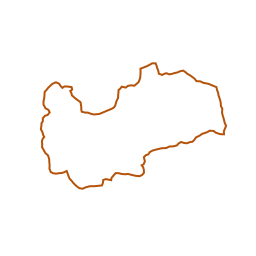 Guararema, São Paulo, Brazil, rotated 113°
{"feature_id": "56859067B30349189053910", "entity_name": "Guararema", "entity_type": "district", "adm_level": 2, "iso_a3": "BRA", "parent_name": "Brazil", "parent_adm1": "São Paulo", "projection": "orthographic", "projection_center": [-46.062, -23.425], "detail": "fine", "context": "isolated", "style": "outline", "palette": "amber", "viewbox_px": 256, "rotation_deg": 113, "n_neighbors": 0, "source": "geoboundaries", "source_scale": "gbopen_adm2", "svg_char_len": 2398}
<svg xmlns="http://www.w3.org/2000/svg" viewBox="0 0 256 256"><g transform="rotate(113 128 128)"><path d="M173.8,202.1L176.5,200.6L179.1,199.7L181.1,197.2L183.4,194.1L184.5,190.9L187.3,188.5L190.5,186.9L193.4,185.4L196.0,184.5L198.7,181.9L198.9,179.2L198.1,176.3L196.4,173.6L195.4,171.5L193.7,169.5L191.5,167.6L193.4,165.9L195.5,164.0L197.6,161.8L198.5,159.5L200.0,156.8L201.7,152.4L202.4,149.3L201.6,146.0L199.1,143.7L196.4,140.2L194.9,136.6L192.9,132.9L191.0,129.5L188.0,129.7L185.5,130.5L183.6,128.3L183.2,126.0L182.6,123.1L180.4,123.7L177.9,122.9L174.4,121.8L173.2,118.8L172.8,115.9L171.6,112.3L170.3,110.1L169.8,106.6L169.0,102.1L167.8,98.5L165.8,96.7L163.0,95.8L160.3,97.1L158.3,98.6L157.0,100.8L155.3,99.5L152.1,99.4L148.7,102.0L146.0,100.9L144.5,99.1L141.6,98.5L139.2,96.6L137.2,94.1L135.3,91.6L133.4,89.0L131.6,85.1L128.8,82.6L127.2,79.1L124.9,76.2L122.5,75.4L120.1,73.6L119.9,70.6L119.1,67.9L117.0,65.7L115.4,63.3L113.3,62.4L110.0,61.7L107.1,59.1L104.4,57.5L102.9,55.7L100.9,53.5L98.4,51.5L97.3,47.9L98.0,45.4L97.8,42.8L97.6,40.5L96.3,37.2L93.5,38.5L90.7,38.5L87.6,38.6L85.5,41.0L83.0,42.8L80.6,44.7L79.0,46.1L76.8,47.6L73.4,48.7L71.6,51.0L69.4,52.1L67.6,53.1L64.8,55.4L62.9,57.2L60.4,58.8L58.3,60.8L55.8,62.6L55.9,65.7L55.9,68.7L55.9,71.0L56.3,73.3L57.0,76.1L56.8,79.5L58.1,83.4L56.7,85.7L56.1,87.9L55.3,91.3L55.0,94.4L54.2,96.6L53.6,99.6L55.4,102.2L57.6,104.3L59.3,106.7L61.1,108.8L62.5,111.0L62.6,114.1L64.1,115.9L65.8,117.3L66.0,120.8L63.1,122.8L61.5,124.5L59.7,125.9L57.7,127.8L59.0,131.0L61.1,132.6L63.3,134.4L68.6,139.7L70.8,138.6L73.4,137.6L76.7,136.5L79.4,136.2L81.7,136.2L84.5,137.6L86.7,138.8L87.4,141.6L89.2,144.5L91.7,145.9L92.4,149.9L94.7,150.5L96.8,151.5L99.3,150.6L101.5,149.9L104.2,148.9L107.2,149.1L110.3,148.8L112.7,148.5L114.9,149.1L117.0,150.8L126.3,159.9L127.7,162.5L128.8,164.5L129.4,167.4L129.5,170.9L130.5,173.3L131.1,176.9L129.3,178.2L126.6,179.4L122.8,181.8L121.9,185.7L121.0,189.1L119.9,192.3L117.8,193.9L116.5,195.6L114.5,194.4L112.4,195.9L113.5,200.0L114.6,202.8L116.7,204.1L115.8,206.2L114.1,208.9L114.1,212.2L117.0,214.9L119.9,216.2L122.2,217.2L124.8,217.9L127.4,218.8L130.7,217.6L134.0,216.6L136.3,216.3L139.5,214.9L142.1,211.7L142.4,208.4L144.2,206.2L147.5,207.1L149.3,209.3L152.4,210.2L155.2,209.0L157.4,209.5L159.6,208.6L163.1,207.8L165.4,205.0L167.6,203.3L169.0,201.6L171.2,202.3L173.8,202.1Z" fill="none" stroke="#b45309" stroke-width="2"/></g></svg>